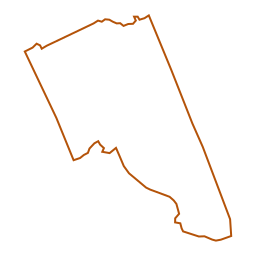 outline of São Bento do Trairí, Rio Grande do Norte, Brazil
{"feature_id": "56859067B1247516592895", "entity_name": "São Bento do Trairí", "entity_type": "district", "adm_level": 2, "iso_a3": "BRA", "parent_name": "Brazil", "parent_adm1": "Rio Grande do Norte", "projection": "albers", "projection_center": [-36.048, -6.394], "detail": "fine", "context": "isolated", "style": "outline", "palette": "amber", "viewbox_px": 256, "rotation_deg": 0, "n_neighbors": 0, "source": "geoboundaries", "source_scale": "gbopen_adm2", "svg_char_len": 842}
<svg xmlns="http://www.w3.org/2000/svg" viewBox="0 0 256 256"><path d="M73.6,160.2L80.1,158.0L83.8,155.0L87.9,152.9L89.5,148.5L94.4,143.3L98.2,141.2L100.1,144.6L103.9,148.1L102.3,151.8L109.6,153.1L116.0,147.9L119.7,156.4L123.8,166.1L129.0,173.3L146.1,187.6L150.2,189.6L169.6,196.8L173.7,200.4L176.4,203.9L179.1,213.8L175.2,218.3L175.1,222.4L180.3,223.3L181.6,228.3L183.1,231.4L189.6,233.5L198.9,236.5L204.5,236.3L212.2,239.6L215.9,240.6L220.8,239.7L231.2,236.0L230.1,219.2L227.0,211.0L202.8,147.0L192.4,123.5L171.3,70.0L148.8,15.4L144.5,18.2L139.5,19.7L137.7,16.7L134.1,16.7L135.8,20.6L133.0,23.8L128.2,24.0L123.5,25.9L120.2,23.2L116.7,23.4L112.8,21.7L109.3,19.7L105.1,19.3L101.8,21.7L98.0,20.6L93.6,23.4L46.8,45.7L41.7,48.7L40.1,45.4L36.6,43.7L32.6,47.6L24.8,51.5L56.4,118.0L73.6,160.2Z" fill="none" stroke="#b45309" stroke-width="2"/></svg>